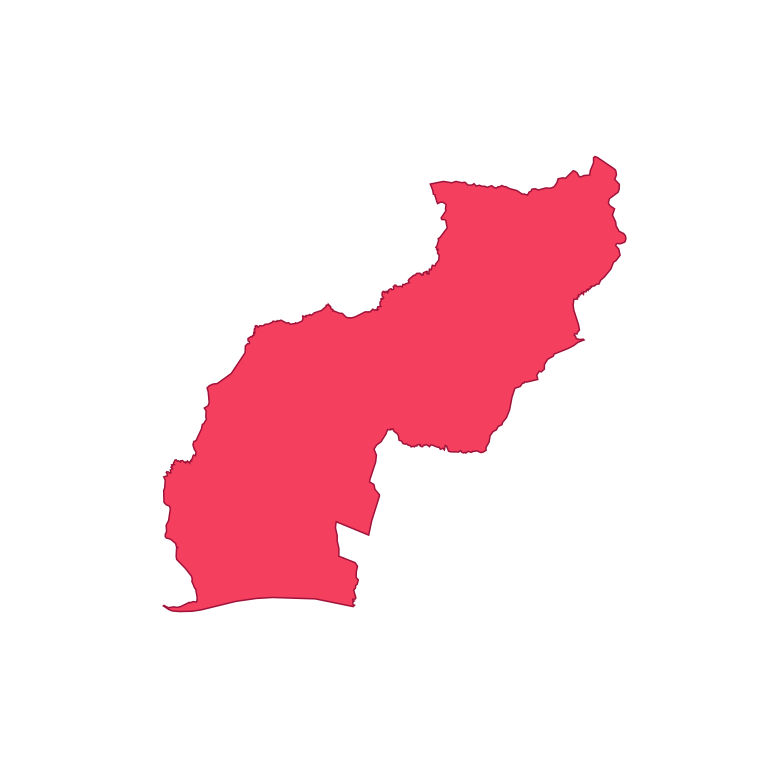 Chaiya, Surat Thani, Thailand (Robinson projection), rotated 120°
{"feature_id": "78962969B84478768396054", "entity_name": "Chaiya", "entity_type": "district", "adm_level": 2, "iso_a3": "THA", "parent_name": "Thailand", "parent_adm1": "Surat Thani", "projection": "robinson", "projection_center": [99.041, 9.444], "detail": "fine", "context": "isolated", "style": "filled", "palette": "rose", "viewbox_px": 768, "rotation_deg": 120, "n_neighbors": 0, "source": "geoboundaries", "source_scale": "gbopen_adm2", "svg_char_len": 6159}
<svg xmlns="http://www.w3.org/2000/svg" viewBox="0 0 768 768"><g transform="rotate(120 384 384)"><path d="M592.2,299.4L590.3,298.9L590.6,300.5L588.3,302.1L586.8,301.3L586.8,302.8L586.0,303.4L584.6,301.4L583.3,301.4L577.7,307.2L575.1,306.7L572.6,307.8L570.8,307.1L566.5,308.3L565.6,311.3L560.2,314.2L555.0,315.9L553.2,319.7L555.7,337.0L549.1,340.7L543.3,346.1L538.7,348.7L532.9,354.1L529.1,355.8L527.2,356.5L522.5,321.7L508.8,326.2L483.3,331.9L482.1,332.8L479.8,339.1L476.1,342.5L476.0,347.4L474.0,348.4L455.8,352.2L449.4,355.0L445.4,360.1L440.6,359.9L435.5,357.7L426.5,357.3L421.7,358.1L420.5,355.5L419.4,355.4L419.5,354.5L418.5,353.9L420.0,351.5L420.5,347.6L421.3,346.0L425.2,342.7L424.6,340.4L426.1,337.6L425.4,335.4L424.5,334.7L424.9,333.0L424.3,330.5L424.9,329.0L423.4,327.8L423.2,326.2L422.0,326.1L421.3,324.6L420.1,324.8L418.4,322.8L418.5,322.2L419.5,322.0L419.5,320.2L418.9,319.2L417.7,319.3L415.2,316.7L415.5,313.2L413.8,313.2L412.8,312.1L412.0,306.1L411.2,304.8L412.3,302.5L410.2,300.8L410.9,298.8L406.6,300.1L406.5,298.8L409.9,294.5L409.4,292.3L405.5,285.3L403.4,284.4L404.3,282.4L403.8,280.4L402.8,280.0L402.9,278.6L400.4,277.6L399.4,274.0L397.7,273.4L397.5,272.4L395.5,270.3L394.9,265.6L393.1,263.9L390.4,262.4L388.1,263.9L381.7,264.0L375.6,266.3L370.5,265.7L367.7,263.8L363.7,263.9L360.3,261.5L357.8,262.1L351.9,261.1L343.6,262.3L331.6,266.5L322.3,268.5L318.0,264.8L314.1,264.5L313.1,263.2L311.8,263.1L311.0,261.4L303.2,253.1L299.9,256.2L295.3,255.9L294.9,253.9L291.0,252.6L286.9,254.8L280.7,254.6L275.2,251.3L273.1,251.7L261.0,242.2L255.8,238.9L250.8,236.8L245.8,232.8L245.5,233.7L247.6,236.7L248.6,240.1L246.9,242.1L246.5,243.8L245.0,243.8L244.2,241.9L242.8,242.3L239.5,241.7L235.2,245.4L225.3,256.4L221.3,259.5L215.7,262.0L213.7,258.9L212.4,259.8L211.0,258.9L210.5,260.0L209.3,260.1L209.0,258.9L208.1,258.4L205.9,258.6L206.6,256.1L204.1,257.2L203.2,255.2L200.7,255.3L200.8,254.1L199.6,254.6L199.3,253.7L197.9,253.1L196.9,253.7L196.4,252.7L195.5,253.2L193.9,250.8L191.2,249.8L189.9,247.8L186.0,248.3L180.7,246.6L171.0,245.0L163.9,246.1L161.0,244.8L154.5,243.9L149.8,248.1L148.3,252.5L147.0,252.9L145.6,252.3L144.7,249.8L141.6,247.1L140.3,246.4L137.2,247.1L134.9,249.1L133.9,251.6L134.2,256.8L130.9,262.2L127.9,264.3L123.5,270.6L117.0,271.9L116.7,277.1L115.7,279.5L114.1,280.6L110.6,281.4L101.0,277.2L97.8,277.7L93.4,280.0L91.5,286.4L86.6,287.3L83.8,289.5L82.8,291.0L82.5,293.2L81.1,312.2L81.5,315.0L83.2,315.7L87.8,313.1L96.2,312.0L100.2,310.3L103.4,315.0L106.6,317.4L106.7,318.7L104.5,322.6L104.3,325.4L104.8,326.8L115.1,329.7L116.1,332.3L119.2,335.8L123.1,334.9L128.1,335.3L131.4,337.9L133.3,341.9L138.9,347.4L139.2,350.5L141.3,353.3L143.7,353.1L145.2,354.3L148.7,354.2L149.4,357.7L150.5,359.3L150.0,365.4L152.0,373.0L152.2,377.4L152.9,378.2L153.2,381.2L155.8,382.8L156.1,383.9L157.9,384.5L158.8,386.3L158.4,389.9L162.2,393.1L162.3,395.4L163.8,398.2L164.2,400.8L166.5,403.2L165.5,406.2L167.8,407.3L169.7,410.7L168.8,414.7L170.8,417.4L172.6,423.0L175.8,425.8L178.9,433.9L187.7,443.9L191.8,438.7L194.9,436.2L194.8,433.9L195.7,433.7L201.0,427.9L198.4,426.0L197.1,423.7L197.5,420.0L201.7,418.3L203.1,417.0L211.6,417.6L212.7,416.2L211.3,413.6L211.4,412.4L217.2,407.3L229.5,408.8L230.9,409.8L232.4,408.5L238.1,407.2L239.8,407.4L240.5,404.4L241.4,405.3L241.8,404.1L244.0,403.0L244.9,400.6L249.5,398.5L253.9,399.2L256.1,398.8L257.0,401.5L261.5,400.3L261.8,402.1L266.6,400.2L266.8,402.2L265.1,402.5L264.9,403.2L267.9,405.5L270.0,404.7L270.7,405.6L269.9,405.8L270.5,406.9L270.1,408.3L272.0,411.1L273.8,411.3L275.2,412.7L280.8,414.7L282.3,414.7L283.5,412.7L286.5,415.5L287.7,415.8L288.3,417.4L290.8,416.8L290.9,418.2L293.0,421.2L293.2,422.3L292.5,422.9L292.9,424.0L294.9,424.7L296.2,423.4L297.6,423.4L298.6,424.6L298.0,425.4L298.8,426.3L300.9,427.1L302.2,427.0L302.2,426.2L303.3,426.4L302.7,428.5L304.3,428.7L304.6,429.3L303.8,430.2L304.2,431.0L305.5,431.3L307.6,430.4L308.7,429.5L309.4,427.4L311.3,427.9L311.0,428.7L311.8,429.2L313.5,428.0L315.2,428.4L318.0,426.5L318.4,425.5L320.3,428.0L322.3,427.5L322.6,426.3L323.4,426.5L323.6,428.1L324.6,428.7L324.8,431.1L328.5,432.1L331.0,436.4L340.5,442.7L342.9,445.1L344.8,448.7L345.0,450.6L343.7,455.4L345.0,458.1L345.8,463.9L346.4,464.7L345.1,465.5L345.2,467.9L343.9,468.6L342.9,471.8L343.5,471.4L343.4,472.2L344.7,473.4L346.2,473.0L351.6,474.9L357.3,480.0L360.8,481.2L360.9,483.1L362.0,483.4L363.8,485.8L364.9,485.3L365.8,488.4L368.0,486.8L370.4,486.4L374.9,489.6L375.3,491.2L376.0,491.2L379.0,494.8L378.6,497.3L380.0,498.8L380.2,505.1L382.3,506.9L382.4,508.1L383.7,508.3L385.2,511.6L386.2,511.5L390.1,514.3L391.6,516.7L394.1,517.9L395.7,520.7L398.0,521.5L397.1,523.1L397.6,524.2L398.4,524.5L399.4,523.4L400.7,523.8L401.5,523.0L402.2,523.4L404.2,521.3L404.9,521.5L404.8,522.4L407.0,521.0L407.7,522.1L409.0,521.7L409.6,523.0L412.6,524.5L414.6,523.3L414.6,522.0L415.7,520.9L416.7,521.1L417.3,522.3L420.3,523.1L426.4,519.9L451.2,521.5L467.0,528.6L469.6,532.1L472.9,534.5L475.9,535.2L478.7,532.3L487.5,526.1L491.0,525.5L494.7,527.6L496.1,524.7L501.8,521.7L503.2,520.2L508.5,520.3L509.8,521.1L514.3,519.6L527.0,518.5L528.9,520.0L532.3,519.0L535.4,515.6L536.9,512.8L540.3,511.4L540.6,513.3L541.3,513.5L545.0,512.7L546.6,513.1L546.8,512.2L548.6,513.4L549.7,512.8L549.0,515.7L550.3,515.6L550.4,516.7L551.6,516.5L551.1,520.3L552.0,521.6L553.3,521.4L553.3,523.6L554.2,524.5L553.6,525.9L554.3,526.9L557.9,526.7L558.6,525.3L560.2,527.5L561.0,526.3L562.6,526.9L563.1,524.7L565.5,526.0L567.4,524.1L568.3,524.7L568.0,526.8L568.7,528.3L569.6,528.3L570.5,526.5L571.8,525.7L574.5,528.3L576.6,525.4L583.7,522.0L586.5,521.5L596.4,515.4L597.5,512.4L597.0,508.7L599.2,506.5L609.9,502.3L615.3,502.0L620.5,498.5L623.4,498.3L625.6,497.1L626.2,495.5L625.1,491.4L626.3,484.7L628.4,482.7L628.8,481.4L629.0,482.0L637.2,477.8L639.6,475.8L643.1,463.5L646.6,454.9L648.6,452.6L650.9,451.8L655.5,445.8L655.8,444.5L662.4,439.0L665.6,437.5L666.5,437.4L667.9,440.5L670.7,442.8L670.5,443.5L678.4,448.8L680.9,451.4L682.1,454.6L685.6,459.0L685.8,463.9L686.5,464.1L686.9,457.8L686.4,453.9L683.4,447.5L676.9,436.8L671.3,429.7L646.3,403.6L633.5,387.3L624.5,373.6L604.4,336.0L592.2,299.4Z" fill="#f43f5e" stroke="#9f1239" stroke-width="1.5"/></g></svg>